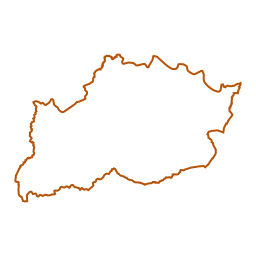 outline of Dan Makham Tia, Kanchanaburi, Thailand
{"feature_id": "78962969B50658242834592", "entity_name": "Dan Makham Tia", "entity_type": "district", "adm_level": 2, "iso_a3": "THA", "parent_name": "Thailand", "parent_adm1": "Kanchanaburi", "projection": "albers", "projection_center": [99.312, 13.84], "detail": "fine", "context": "isolated", "style": "outline", "palette": "amber", "viewbox_px": 256, "rotation_deg": 0, "n_neighbors": 0, "source": "geoboundaries", "source_scale": "gbopen_adm2", "svg_char_len": 5716}
<svg xmlns="http://www.w3.org/2000/svg" viewBox="0 0 256 256"><path d="M215.8,149.5L215.5,149.3L214.6,147.4L213.5,145.7L212.8,142.8L211.6,142.2L211.7,140.7L211.4,140.0L210.8,139.4L209.8,139.0L209.4,138.3L208.4,137.7L208.4,136.2L208.2,135.6L208.1,134.6L207.5,134.3L208.6,131.8L211.4,131.0L217.3,130.3L223.3,132.4L223.7,130.3L223.9,128.1L226.2,123.5L227.0,123.7L228.1,120.9L232.0,115.6L232.4,114.6L230.3,111.7L229.6,111.5L229.4,108.7L229.5,107.6L230.3,107.6L230.5,105.9L231.0,105.8L231.3,104.0L231.7,104.0L231.9,102.2L231.5,101.9L232.1,97.5L231.8,97.2L233.4,95.2L234.1,93.5L233.9,93.2L236.7,92.8L237.9,93.2L238.4,90.2L239.7,87.8L239.6,87.3L239.1,86.9L239.6,86.6L239.5,86.1L240.5,84.7L240.6,83.9L240.5,83.1L239.4,83.8L238.3,83.7L237.2,84.0L235.1,85.0L234.2,85.8L232.7,85.8L231.8,86.2L229.5,86.2L227.8,85.7L227.1,85.8L226.2,86.3L225.4,87.3L224.4,87.0L223.6,86.6L223.7,85.9L223.1,84.5L222.1,84.4L221.4,84.9L220.6,90.1L220.4,90.6L219.0,91.6L217.6,91.6L213.7,90.3L209.5,87.5L206.9,85.1L204.8,82.5L204.0,81.1L203.7,79.0L203.8,74.3L203.1,72.9L202.4,70.9L201.3,70.9L194.7,74.2L193.4,74.1L191.7,73.4L188.4,71.3L187.4,69.7L187.0,67.2L186.7,66.4L186.2,65.9L183.5,64.3L178.9,64.1L178.3,64.7L177.4,67.4L175.9,68.9L173.9,69.1L172.5,68.9L171.4,68.6L168.1,66.5L165.1,64.1L157.2,56.9L156.3,56.5L153.8,56.0L153.3,56.2L152.4,60.2L149.6,64.7L148.6,66.6L148.5,67.2L148.0,67.4L147.1,67.0L145.2,64.4L144.5,63.9L143.2,64.0L137.2,65.5L136.2,65.3L133.7,63.2L131.0,62.7L128.1,62.6L123.8,63.8L123.0,63.7L122.3,62.9L122.2,61.4L123.2,59.5L123.3,58.7L122.5,57.8L120.4,56.6L119.9,54.9L119.3,54.8L118.7,54.5L118.1,54.7L117.6,54.6L116.4,55.3L116.4,56.2L116.6,56.4L116.6,56.9L115.1,56.9L114.9,57.8L114.6,58.1L113.7,58.4L113.2,59.0L112.3,59.2L111.9,58.8L112.1,57.6L111.5,57.5L111.6,57.1L111.2,56.7L110.4,56.7L109.2,55.8L108.9,56.0L108.0,56.1L107.0,55.7L105.1,56.6L105.1,57.1L104.4,57.4L104.4,57.8L104.8,58.2L104.6,58.9L104.9,59.4L104.9,60.9L104.7,61.5L103.8,61.9L103.8,62.6L103.1,62.9L102.4,63.9L102.4,64.2L102.9,64.6L103.2,65.5L102.7,66.2L102.3,66.0L101.9,66.2L102.2,66.8L102.0,67.5L101.5,68.2L100.9,68.6L100.4,68.6L100.4,69.3L99.9,69.0L99.0,69.6L98.4,69.3L97.3,70.2L96.6,70.3L94.8,72.2L94.6,72.5L94.8,72.8L94.1,73.5L94.6,75.3L94.5,77.0L93.9,77.0L93.2,78.6L92.8,81.6L92.4,82.0L91.2,82.4L89.7,83.8L87.2,84.6L83.7,86.2L83.7,87.1L85.0,88.3L85.1,90.1L86.1,91.2L86.7,91.5L87.1,92.6L86.9,93.9L86.6,94.5L86.3,95.1L85.2,96.1L85.0,97.7L85.4,98.6L84.7,99.2L79.1,101.6L76.8,102.1L74.3,104.6L63.7,111.9L62.7,112.1L61.4,111.9L59.5,110.5L58.9,109.9L57.7,107.5L54.7,105.4L54.0,104.2L53.2,99.9L52.6,99.3L51.8,99.2L51.0,99.5L50.3,101.1L48.8,103.0L45.7,105.0L45.1,104.9L42.7,102.8L41.0,103.6L39.0,102.2L36.7,101.3L35.5,101.2L33.4,102.1L33.4,102.6L34.2,103.5L34.8,105.1L35.7,105.7L36.5,106.4L36.0,107.9L35.8,109.9L36.5,111.4L35.3,112.5L35.6,113.7L35.5,114.1L34.2,114.8L34.6,117.1L34.2,118.2L33.7,118.2L33.2,118.7L33.8,119.5L33.9,121.4L31.8,122.3L31.7,123.0L30.7,124.1L31.6,125.9L30.6,126.7L30.6,127.0L31.1,127.9L31.7,128.6L31.4,129.4L32.0,129.7L32.1,130.0L31.5,131.3L29.9,132.5L30.0,133.8L29.8,135.9L30.1,136.5L31.3,137.5L31.7,138.2L30.2,140.4L30.0,141.2L31.0,141.8L31.6,142.4L32.4,142.0L32.6,142.4L33.4,142.7L33.2,143.2L33.5,143.6L33.6,144.2L33.4,144.5L33.5,144.9L33.2,145.2L33.9,146.2L34.4,147.7L34.1,148.0L33.7,149.4L33.5,151.8L34.2,153.2L33.7,154.9L33.0,155.0L32.4,155.4L32.1,157.1L31.3,157.1L30.8,157.7L29.4,158.0L29.1,158.4L28.7,158.3L28.4,157.8L27.8,158.0L27.4,158.6L26.5,159.3L26.1,160.4L25.4,160.4L25.4,161.1L25.0,162.1L23.7,162.4L24.0,163.1L23.6,163.5L23.1,164.4L22.5,164.9L21.1,165.3L20.2,166.1L20.2,166.3L20.6,166.7L20.4,167.6L19.7,167.9L19.2,169.0L18.8,169.1L18.5,170.3L15.9,175.6L15.4,181.2L16.5,182.0L17.4,181.8L18.3,182.0L18.8,182.5L18.4,184.2L18.7,184.6L18.6,185.0L18.8,185.1L18.5,189.3L18.7,193.4L19.1,195.2L20.2,196.4L21.6,196.8L21.8,197.8L22.5,199.2L22.9,200.9L25.2,201.5L26.0,201.2L26.5,201.1L27.0,201.3L27.2,201.1L26.9,196.4L27.1,194.8L29.2,192.3L30.4,191.7L31.2,191.7L31.6,191.9L32.8,194.0L35.1,193.6L35.9,193.7L36.2,194.0L36.9,195.9L37.9,196.5L38.6,196.4L39.6,195.1L39.9,195.0L41.4,195.2L42.8,196.0L44.3,195.1L45.7,194.7L47.8,195.4L49.8,195.3L51.8,194.5L54.3,194.4L54.8,194.2L55.2,193.7L54.6,192.6L54.3,190.9L55.4,190.5L57.5,190.7L59.3,189.7L59.7,189.2L60.2,187.6L60.6,187.3L61.6,186.9L63.4,187.4L64.5,187.5L66.2,186.5L67.2,186.4L69.3,187.8L69.8,187.6L70.0,186.7L71.3,185.2L72.5,184.9L72.8,185.0L74.5,187.1L76.4,187.4L79.2,188.3L79.9,189.8L80.5,189.7L81.4,188.2L81.9,188.0L83.9,189.6L84.3,189.7L86.3,189.1L88.5,190.1L90.3,188.2L91.1,187.7L93.1,185.9L93.4,185.2L92.9,183.6L93.0,182.8L93.7,182.2L95.4,181.9L96.0,181.0L96.3,179.7L97.5,178.8L98.3,178.9L100.1,179.4L101.2,179.1L102.9,177.5L103.6,176.6L104.2,175.2L104.7,174.8L105.9,173.9L106.7,173.6L108.9,174.0L109.3,173.5L110.3,171.4L111.7,170.8L111.8,169.5L112.0,169.2L113.6,168.9L114.0,168.4L115.2,169.0L117.5,173.3L118.6,173.8L120.4,175.5L124.3,176.7L125.2,177.6L126.7,177.9L127.4,178.8L128.2,179.3L130.0,179.9L132.2,180.3L133.7,181.6L134.7,182.1L136.0,182.4L138.2,182.4L139.1,182.7L140.0,182.5L140.6,183.0L142.3,183.4L144.9,184.7L145.1,184.2L145.9,184.3L148.2,183.5L151.2,183.2L152.5,182.6L152.8,182.0L153.7,182.0L154.0,182.2L154.8,181.9L155.6,182.2L155.5,182.7L158.5,182.8L159.1,182.6L159.5,181.5L160.9,181.1L161.4,180.4L162.9,180.4L163.8,179.2L165.2,178.6L165.9,177.3L166.5,177.3L167.1,177.6L169.5,177.2L170.7,177.8L171.1,177.3L171.6,177.4L171.7,176.9L172.2,176.5L172.2,176.0L172.8,175.4L172.7,174.4L177.2,174.4L178.2,174.2L179.4,172.4L180.2,172.2L180.4,170.2L180.6,170.0L184.0,170.3L184.5,169.7L191.2,167.6L198.8,166.4L203.8,166.0L205.2,167.3L208.7,164.0L209.7,162.2L212.5,158.2L212.9,158.3L215.4,154.2L215.6,153.8L215.8,152.4L215.8,149.5Z" fill="none" stroke="#b45309" stroke-width="2"/></svg>